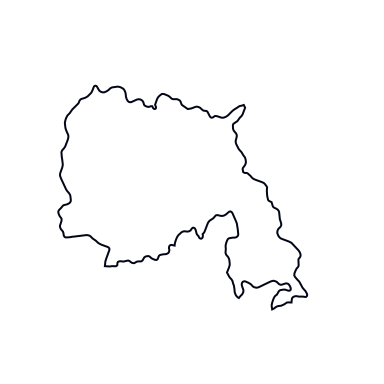 the district of Cotuí, Sánchez Ramírez, Dominican Republic, rotated 200°
{"feature_id": "3306468B72281596552802", "entity_name": "Cotuí", "entity_type": "district", "adm_level": 2, "iso_a3": "DOM", "parent_name": "Dominican Republic", "parent_adm1": "Sánchez Ramírez", "projection": "orthographic", "projection_center": [-70.199, 18.97], "detail": "fine", "context": "isolated", "style": "outline", "palette": "ink", "viewbox_px": 384, "rotation_deg": 200, "n_neighbors": 0, "source": "geoboundaries", "source_scale": "gbopen_adm2", "svg_char_len": 6061}
<svg xmlns="http://www.w3.org/2000/svg" viewBox="0 0 384 384"><g transform="rotate(200 192 192)"><path d="M60.7,122.2L61.2,123.9L61.6,126.2L61.3,127.5L60.4,128.6L59.3,129.4L58.4,129.8L55.3,130.4L52.2,131.6L49.6,132.1L48.8,132.6L48.6,133.1L48.4,134.0L48.7,134.9L49.2,135.7L51.2,137.5L55.3,139.8L60.5,144.4L63.7,146.0L66.5,147.7L67.4,148.7L67.9,150.6L67.8,153.7L67.5,155.8L66.7,157.9L66.6,158.7L66.7,159.5L68.9,164.9L68.9,165.7L68.2,167.6L68.1,168.6L68.3,169.6L68.7,170.5L70.1,172.2L71.8,173.5L81.1,178.2L83.8,178.6L92.3,178.7L93.9,179.1L95.8,180.3L97.6,182.3L98.1,183.3L98.3,184.3L98.4,185.4L98.2,186.9L97.0,189.4L96.8,190.3L96.9,191.8L97.6,193.2L100.2,196.6L103.2,202.8L104.1,203.9L105.3,204.7L106.8,205.1L109.7,205.4L111.0,206.0L113.8,209.7L116.3,209.9L117.2,210.2L117.9,210.7L120.1,214.2L122.1,218.7L123.0,222.0L123.9,222.9L126.2,224.4L127.6,225.0L129.3,225.2L136.7,225.2L138.9,225.4L140.4,225.9L142.5,227.1L146.0,228.5L147.2,228.6L148.9,228.0L149.8,228.0L150.6,228.2L150.9,228.5L152.2,230.7L152.4,231.9L151.4,235.3L151.3,236.8L151.4,237.9L151.9,239.3L153.3,241.7L154.2,242.7L156.2,244.0L159.2,246.4L161.9,247.8L163.2,248.7L166.8,252.1L167.7,253.3L168.4,254.8L168.9,259.4L169.4,260.8L170.7,262.2L173.3,263.6L174.3,264.5L175.2,265.7L176.4,268.7L176.5,269.5L176.3,270.4L173.6,274.1L172.5,278.1L171.5,280.2L171.0,282.2L170.9,289.3L173.1,291.5L175.0,290.0L176.5,289.1L177.2,288.4L178.2,286.9L180.5,284.0L181.7,282.1L184.4,276.3L185.6,274.6L186.8,273.4L187.7,272.7L189.1,272.1L190.2,271.9L194.4,271.8L195.8,271.5L196.6,271.1L197.7,269.5L198.3,268.9L199.0,268.5L199.5,268.5L200.3,268.7L201.1,269.2L204.8,272.6L206.0,273.1L208.4,272.5L209.8,272.5L213.2,273.9L214.8,274.1L215.8,274.0L216.8,273.8L217.8,273.2L221.5,270.1L224.4,268.5L231.3,270.4L232.0,271.0L233.8,273.2L234.8,273.8L235.8,274.0L236.8,274.1L238.3,274.0L240.7,273.0L242.2,272.7L243.2,272.8L245.7,273.9L247.4,274.3L251.3,274.5L253.3,274.1L254.1,273.5L255.4,271.4L256.1,269.9L256.4,268.8L256.6,267.1L256.5,261.2L255.2,259.9L254.6,258.8L254.7,257.9L255.4,257.2L255.8,257.1L256.7,257.3L257.4,257.7L258.7,259.0L259.9,258.6L261.4,257.4L262.2,257.0L263.7,256.8L265.1,256.9L266.1,257.1L266.9,257.6L268.4,259.7L269.8,260.8L271.3,261.2L272.4,261.3L273.9,260.9L275.3,260.1L279.8,255.7L281.2,255.1L282.3,255.1L283.7,255.7L285.3,257.1L286.6,258.9L288.2,262.1L289.2,263.4L290.4,264.6L291.3,265.2L292.3,265.6L294.9,266.0L296.5,265.9L298.1,265.5L302.8,263.0L304.1,261.7L305.5,259.0L306.8,257.3L308.4,255.8L309.8,255.1L311.9,255.0L313.5,255.4L314.8,256.3L317.4,258.6L318.3,258.9L319.2,258.8L319.9,258.2L320.2,257.4L320.3,253.4L320.5,251.3L320.8,250.3L322.7,246.3L324.0,244.6L325.2,243.5L327.9,241.5L328.6,240.4L328.9,239.4L329.0,236.8L329.3,235.9L332.8,228.4L333.8,224.4L335.2,221.3L335.6,218.2L335.5,216.0L335.1,213.4L332.9,209.0L331.6,207.2L328.0,203.4L327.4,202.5L327.0,201.5L326.7,199.8L326.6,198.1L326.7,191.8L327.1,189.7L328.3,186.6L328.3,184.7L326.3,180.3L324.9,177.8L322.9,173.8L322.6,172.8L322.3,170.6L322.3,164.9L322.1,163.8L321.6,162.2L319.8,160.0L311.5,151.7L309.8,150.3L307.1,148.8L305.6,147.6L305.0,146.8L303.3,143.4L302.8,142.0L302.9,141.0L303.2,140.0L303.8,139.1L305.3,137.6L308.1,135.7L308.6,135.0L309.7,131.9L310.7,129.8L310.9,128.9L310.9,127.8L310.5,126.8L309.2,125.2L308.1,124.1L305.7,122.5L305.2,121.8L304.7,119.9L304.6,115.7L304.4,114.7L303.9,113.8L302.7,112.4L299.8,110.7L298.9,109.6L297.8,107.6L297.3,106.9L296.2,106.2L295.4,106.1L294.6,106.3L291.6,107.6L289.2,109.0L287.3,109.9L276.5,115.4L275.0,115.8L273.5,115.9L272.4,115.7L269.4,114.3L265.9,113.4L262.3,111.9L259.0,111.5L252.3,111.5L251.4,111.3L250.5,110.8L250.0,110.0L249.8,109.0L249.8,101.2L249.7,97.3L248.5,92.5L244.1,93.8L241.2,95.2L238.6,96.0L237.9,96.4L237.4,97.1L237.2,97.8L237.8,99.8L237.8,100.6L237.4,101.3L236.7,101.9L235.5,102.5L232.6,103.2L229.2,105.4L228.3,105.8L227.4,105.8L225.5,105.2L224.1,104.9L222.8,105.1L221.9,105.4L220.3,107.4L219.2,108.2L216.3,109.3L215.6,109.8L215.0,111.1L214.6,113.6L214.3,114.6L213.4,115.6L212.0,116.5L210.8,116.9L209.9,116.9L207.4,115.9L206.3,115.7L203.6,115.6L202.1,116.0L201.6,116.7L201.3,117.4L201.3,120.3L200.8,121.5L200.2,122.1L197.9,123.5L194.9,124.9L193.6,126.3L193.2,127.2L193.2,128.2L193.3,129.2L193.6,130.1L194.4,131.2L194.7,132.2L194.8,133.2L194.5,134.2L193.8,135.0L193.0,135.3L190.0,135.7L190.5,137.6L190.7,139.9L190.7,142.8L190.5,145.1L189.9,147.1L188.3,150.1L187.5,151.3L186.0,152.4L182.6,153.3L181.4,154.0L180.2,155.4L179.7,157.5L179.1,158.6L178.3,159.0L176.9,158.8L175.4,157.4L173.5,154.5L172.5,153.6L170.9,152.8L169.8,151.7L168.9,151.2L168.0,151.1L167.2,151.4L166.6,152.3L166.5,153.3L166.9,154.9L167.6,156.1L166.8,157.9L166.6,159.5L166.5,166.9L166.4,168.6L166.0,170.2L165.5,171.2L163.0,174.6L162.0,177.3L161.4,178.4L160.2,179.0L156.8,179.4L155.3,179.9L153.9,180.8L152.5,182.4L150.4,186.1L149.3,186.9L148.9,186.9L147.5,186.5L146.7,185.9L140.4,179.3L139.0,177.6L136.1,172.3L134.0,167.9L133.9,166.9L134.1,165.9L134.6,165.1L135.2,164.4L136.0,163.9L138.6,162.8L141.0,161.4L141.7,160.8L142.2,160.0L142.5,157.5L142.3,154.3L141.8,152.3L140.8,150.2L139.7,146.3L138.5,144.8L135.6,143.1L134.6,142.1L133.7,140.9L132.2,137.9L131.8,137.0L131.5,135.4L131.4,133.8L131.6,128.3L128.0,125.1L126.8,124.3L125.0,123.4L123.6,122.3L122.1,120.1L120.7,118.5L118.9,115.3L117.7,112.6L116.1,110.6L114.9,109.6L113.2,108.7L111.7,108.4L111.1,110.3L109.9,112.9L109.7,113.9L109.6,115.5L109.8,116.5L110.2,117.5L112.9,120.8L113.7,122.2L113.9,123.6L113.7,124.6L113.2,125.4L112.0,126.1L111.0,126.2L107.9,126.0L105.3,125.5L102.3,124.0L100.7,123.8L98.7,124.1L97.7,124.6L96.4,125.7L87.9,134.4L86.6,135.5L85.2,136.4L84.2,136.6L82.6,136.6L81.6,136.5L78.7,135.2L77.2,135.1L75.8,135.7L72.6,138.2L71.6,138.5L70.6,138.6L69.5,138.3L67.8,137.1L66.4,135.5L66.0,134.6L65.9,133.7L66.1,133.2L66.8,132.5L68.0,132.2L71.0,132.1L72.4,131.7L75.3,130.1L76.2,129.1L76.5,128.3L77.1,124.6L78.2,123.0L78.5,122.1L78.8,120.6L78.9,118.4L78.8,115.5L78.5,113.2L78.0,111.8L76.5,109.1L75.0,110.7L74.0,112.3L73.1,113.4L72.0,114.3L69.7,115.4L68.5,116.4L67.0,117.9L65.0,120.6L63.8,121.2L60.7,122.2Z" fill="none" stroke="#020617" stroke-width="2"/></g></svg>